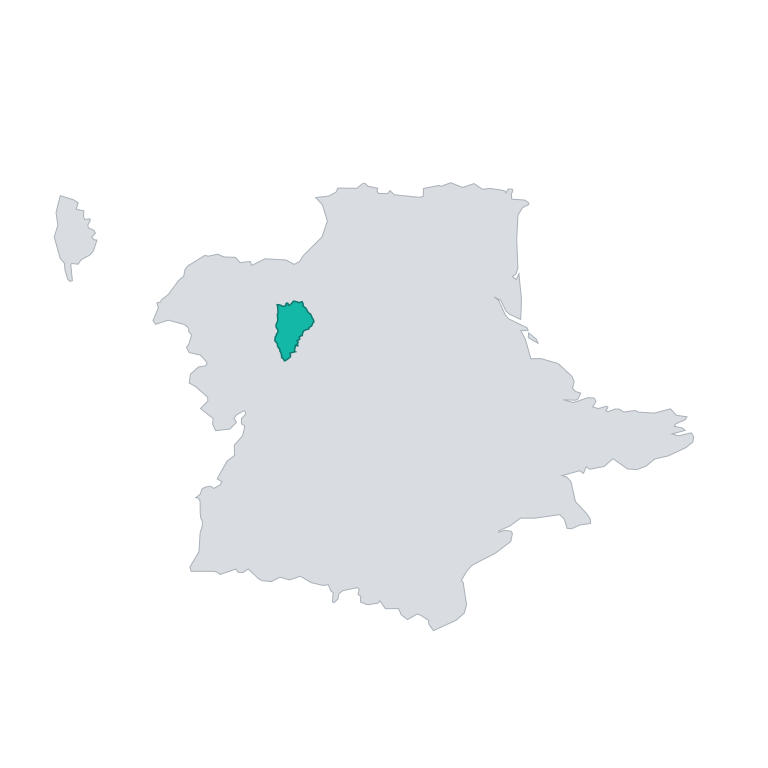 location of Ardèche within France, rotated 168°
{"feature_id": "FRA-5267", "entity_name": "Ardèche", "entity_type": "Metropolitan department", "adm_level": 1, "iso_a3": "FRA", "parent_name": "France", "parent_adm1": "", "projection": "natural_earth1", "projection_center": [4.405, 44.824], "detail": "medium", "context": "in_parent", "style": "filled", "palette": "teal", "viewbox_px": 768, "rotation_deg": 168, "n_neighbors": 0, "source": "natural_earth", "source_scale": "10m", "svg_char_len": 5629}
<svg xmlns="http://www.w3.org/2000/svg" viewBox="0 0 768 768"><g transform="rotate(168 384 384)"><path d="M591.7,312.0L586.8,314.3L583.9,319.1L580.8,320.2L575.1,320.2L572.3,317.3L565.6,319.2L562.8,322.2L566.9,325.9L553.6,341.2L545.0,345.2L543.2,355.2L533.1,362.7L529.4,370.6L529.1,372.2L531.7,374.7L530.6,379.9L525.5,383.2L525.6,386.5L527.0,387.0L534.9,384.4L537.9,381.3L536.3,377.1L544.1,372.0L558.3,373.3L560.0,380.1L558.3,385.8L568.6,398.2L559.8,404.0L559.3,407.8L568.5,420.3L574.3,425.5L571.3,433.9L561.7,439.3L555.5,438.8L552.9,440.2L553.2,442.8L557.5,450.4L568.0,455.3L569.6,461.1L566.8,463.2L562.0,471.8L564.2,476.1L563.4,478.0L564.5,481.0L567.3,483.9L581.8,491.3L595.0,489.9L596.7,494.1L588.8,505.5L589.3,510.6L585.2,510.7L584.5,512.5L576.5,516.3L563.5,527.8L557.4,531.2L555.0,537.1L551.4,540.3L532.6,547.0L529.0,545.5L519.9,545.6L514.1,541.5L503.1,538.8L499.5,532.7L489.3,531.6L488.7,527.5L474.3,531.2L454.1,525.7L447.0,519.7L441.2,521.3L435.9,526.6L414.1,540.7L405.5,555.2L407.0,572.2L412.0,580.6L398.7,579.3L390.8,581.8L388.6,585.3L369.9,581.1L362.9,584.6L361.0,584.4L358.6,580.8L349.4,576.8L350.8,574.0L349.6,571.5L340.9,569.5L337.9,571.9L334.7,567.0L310.5,559.2L306.5,559.4L304.8,567.0L289.2,566.8L287.0,565.5L276.9,567.0L266.3,559.9L254.3,561.3L247.1,553.9L240.1,553.4L230.1,549.7L225.6,547.6L225.0,545.5L222.0,548.8L218.3,548.1L217.5,547.0L220.0,543.0L220.6,538.2L208.2,534.7L204.9,531.3L204.9,529.5L211.7,527.8L217.9,521.3L224.2,497.4L229.0,469.3L232.2,464.0L236.1,462.5L233.0,458.6L229.1,463.7L232.0,437.9L236.9,418.7L247.1,426.5L249.5,430.0L252.4,441.5L258.1,446.3L254.4,441.7L251.0,426.3L248.7,422.0L232.4,409.2L231.9,406.3L239.1,407.8L236.4,398.2L235.1,378.2L225.1,376.2L209.3,367.7L198.6,352.4L197.5,346.7L200.6,340.6L198.1,336.8L193.5,334.2L197.3,329.0L200.5,328.4L212.0,331.4L202.7,326.5L187.3,328.2L181.3,326.5L180.3,322.9L184.6,318.2L179.6,315.4L170.8,316.0L169.8,314.8L172.4,311.5L170.3,310.3L163.1,311.5L159.1,310.5L155.3,306.7L143.8,305.9L141.3,303.7L125.6,299.3L108.9,300.1L104.5,292.6L94.5,288.9L96.6,286.6L106.9,284.3L108.9,282.2L101.6,279.1L99.1,276.0L112.7,275.3L106.7,272.1L93.5,272.3L92.0,267.8L93.9,263.2L101.7,259.1L120.9,254.6L134.7,254.4L144.7,249.2L154.4,247.7L163.5,250.3L175.6,263.4L185.7,257.6L200.5,257.8L203.4,261.0L207.5,255.1L210.7,258.5L228.8,257.4L224.7,255.1L221.4,249.6L221.2,229.2L212.4,214.5L210.3,209.1L211.0,204.6L221.7,205.4L230.6,203.4L234.9,204.7L235.7,214.2L239.3,219.7L264.0,221.4L278.3,224.4L290.4,219.0L301.7,216.6L302.7,215.3L296.2,215.8L290.3,213.5L289.5,211.0L292.8,203.6L310.1,195.4L335.4,188.5L341.9,183.9L349.4,175.5L347.8,173.4L349.2,150.7L353.0,143.3L362.6,137.9L387.0,132.5L390.0,139.7L389.7,143.8L396.2,150.1L399.3,152.1L410.0,148.7L415.1,154.6L416.5,161.3L429.4,164.0L433.1,172.8L435.4,170.9L443.5,171.3L447.2,172.0L452.4,175.8L450.9,181.1L453.1,183.6L450.9,188.4L452.5,190.4L467.2,190.4L471.7,188.3L473.7,183.4L478.1,180.6L479.8,181.5L477.0,190.5L479.1,192.8L480.1,199.2L485.7,199.7L496.6,204.9L505.8,213.4L517.1,212.0L526.0,216.7L535.3,214.2L543.9,216.9L547.0,219.3L555.2,231.3L561.4,228.9L565.9,230.3L567.3,233.8L583.9,231.8L587.0,235.1L590.4,236.4L611.6,240.9L611.9,245.4L599.9,258.3L594.8,276.6L591.3,282.9L590.1,287.7L591.1,290.8L590.6,295.8L588.2,307.8L589.7,311.3L591.7,312.0ZM672.4,561.0L671.5,568.6L674.6,574.2L676.0,596.4L670.0,607.1L669.1,620.0L661.5,635.5L649.2,628.6L645.5,624.8L648.7,618.9L641.6,615.7L643.2,610.0L642.4,607.1L637.5,606.8L637.2,605.3L640.8,600.9L640.6,598.2L635.9,594.7L634.9,591.7L639.4,588.3L637.3,585.2L634.8,584.4L640.8,574.3L644.9,571.3L654.4,568.5L658.3,564.8L664.5,566.8L665.6,565.8L667.3,549.9L669.5,549.6L671.5,551.8L672.4,561.0ZM233.3,399.4L231.8,403.9L225.6,396.0L224.9,391.8L233.3,399.4Z" fill="#d9dde1" stroke="#a8b0b8" stroke-width="1"/><path d="M478.3,430.8L478.3,431.8L478.5,431.8L478.3,432.8L478.3,434.4L478.4,436.1L479.0,438.1L478.8,439.4L478.8,440.6L479.7,441.1L479.5,441.7L480.2,442.9L480.3,443.5L479.9,445.2L480.2,446.2L481.4,448.1L481.7,449.0L481.5,449.9L480.7,452.3L480.4,452.8L479.1,454.1L479.0,454.8L478.8,455.2L478.0,455.7L477.4,456.4L476.9,457.0L476.7,457.8L476.6,459.1L476.8,459.8L477.5,461.3L477.7,462.2L477.4,464.1L476.5,465.5L475.4,466.9L474.6,468.6L473.9,473.7L473.8,474.2L472.8,475.7L472.6,476.5L472.7,476.8L472.4,478.0L472.0,481.4L472.0,483.8L470.2,483.3L469.1,482.8L468.0,481.9L467.6,481.4L466.4,480.9L464.1,480.9L463.7,481.2L463.5,481.5L463.5,482.1L463.3,482.8L462.6,483.3L462.2,483.3L461.7,483.2L461.2,482.8L461.1,482.4L461.3,481.3L461.2,481.0L460.9,480.8L460.3,480.8L459.0,481.1L457.8,482.0L456.7,482.6L455.9,483.5L455.3,483.8L454.4,483.6L451.5,482.1L451.1,481.9L450.3,481.2L449.9,481.1L449.2,481.4L448.1,481.3L447.3,481.6L447.0,481.5L446.8,481.2L446.6,479.5L446.4,478.9L446.6,478.4L447.0,477.9L447.0,477.4L446.4,476.7L445.8,475.5L444.7,474.6L443.5,470.5L443.2,469.7L442.6,468.7L441.7,468.2L441.3,467.4L440.9,466.0L440.5,463.9L439.7,461.5L439.6,460.8L439.7,459.3L440.6,458.9L442.8,455.8L443.2,455.6L445.5,454.9L445.9,453.6L446.3,453.4L447.8,453.4L451.3,452.8L451.9,452.3L452.9,450.8L453.5,449.7L453.8,448.5L454.2,448.2L455.3,448.4L457.2,447.7L457.3,447.4L457.2,447.0L456.9,446.3L457.0,445.8L457.4,445.2L457.8,445.0L459.8,444.6L460.1,444.4L460.1,444.1L459.4,443.2L459.3,442.8L459.4,442.4L459.9,441.8L460.5,441.4L460.7,441.1L460.8,440.8L460.1,439.8L460.2,439.4L460.4,439.3L461.1,439.4L462.2,440.3L462.7,440.3L463.0,439.8L463.3,438.2L464.2,436.5L464.5,435.6L464.6,434.6L464.0,434.0L469.5,433.8L469.6,433.0L469.4,431.4L469.5,430.9L470.0,430.1L470.9,429.4L474.6,427.7L476.6,427.3L476.8,428.8L477.1,429.4L477.8,430.0L478.3,430.8Z" fill="#14b8a6" stroke="#0f766e" stroke-width="1.5"/></g></svg>